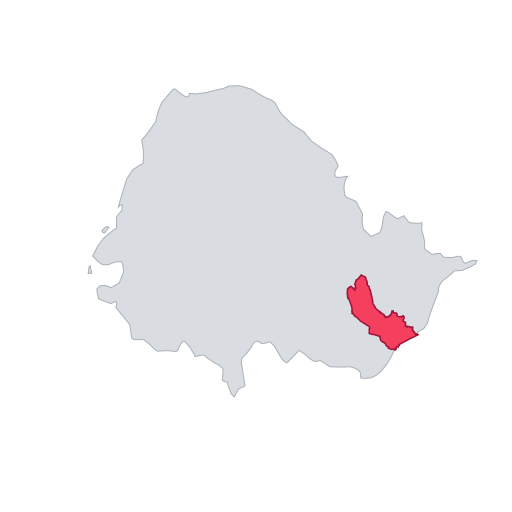 Kaoh Nheaek, Môndól Kiri, Cambodia shown in context, rotated 42°
{"feature_id": "14789045B36010441751176", "entity_name": "Kaoh Nheaek", "entity_type": "district", "adm_level": 2, "iso_a3": "KHM", "parent_name": "Cambodia", "parent_adm1": "Môndól Kiri", "projection": "albers", "projection_center": [106.949, 13.127], "detail": "fine", "context": "in_parent", "style": "filled", "palette": "rose", "viewbox_px": 512, "rotation_deg": 42, "n_neighbors": 0, "source": "geoboundaries", "source_scale": "gbopen_adm2", "svg_char_len": 8154}
<svg xmlns="http://www.w3.org/2000/svg" viewBox="0 0 512 512"><g transform="rotate(42 256 256)"><path d="M423.4,111.7L424.4,115.4L421.7,122.4L418.8,128.8L413.3,134.4L413.1,138.5L411.2,150.7L411.9,154.6L413.2,157.9L415.0,159.7L419.8,171.7L424.1,182.5L428.4,191.5L429.2,197.1L425.3,211.4L420.7,224.6L421.2,231.2L423.1,237.7L425.3,246.5L426.1,257.6L425.0,264.9L422.9,269.5L418.9,274.1L415.5,276.5L411.3,272.6L408.0,272.4L403.5,273.6L400.0,275.4L392.9,282.2L385.0,288.9L374.0,290.6L369.8,295.5L365.2,296.2L356.5,296.4L350.9,297.5L351.1,300.0L350.6,311.7L350.7,314.4L349.9,315.1L345.9,315.5L339.3,313.7L330.3,310.8L323.9,310.3L320.6,315.4L318.6,317.3L316.2,317.6L313.7,318.5L312.8,320.8L312.6,323.6L313.8,328.5L314.2,336.2L313.9,341.5L316.2,344.8L329.9,356.1L334.0,358.9L334.5,360.6L332.0,366.6L334.1,375.2L329.8,375.0L322.6,371.3L319.2,369.1L315.0,370.9L313.6,370.5L310.8,366.3L307.1,362.0L303.3,361.7L295.3,363.3L287.1,364.5L284.0,364.4L282.7,365.2L277.9,371.6L275.9,370.4L267.6,368.0L260.1,367.0L258.5,368.6L259.4,373.8L261.0,378.9L260.0,381.1L255.9,383.7L250.4,388.5L247.0,392.3L244.6,393.2L236.3,392.9L228.0,393.3L224.6,396.8L221.4,399.6L218.7,400.3L207.9,391.4L186.4,388.1L184.1,384.2L182.0,383.5L180.0,388.5L168.1,393.1L163.2,390.2L159.6,386.6L160.2,382.3L163.6,378.8L169.6,376.3L172.4,367.5L168.1,356.1L164.2,352.7L160.1,350.1L155.7,354.2L151.9,361.4L148.0,365.1L142.6,365.8L134.7,365.4L131.8,354.6L130.9,345.3L132.2,334.8L133.5,328.5L126.0,319.8L125.7,311.6L122.1,307.3L121.0,309.4L121.1,311.7L120.0,310.0L108.5,285.7L106.7,274.5L108.9,265.9L110.1,263.1L106.7,258.5L102.0,253.2L93.5,246.3L93.1,235.7L91.5,223.0L89.0,218.8L85.2,210.9L83.2,204.5L82.8,187.5L83.9,186.1L89.9,185.8L97.7,184.7L99.0,182.0L97.7,179.7L102.7,175.9L109.9,167.6L115.6,158.9L119.6,153.4L122.1,147.9L130.1,140.3L141.2,135.0L148.7,133.9L156.5,132.1L164.0,129.6L167.5,129.4L176.7,132.7L181.7,133.6L186.9,133.6L192.4,134.0L197.1,133.7L208.4,131.7L220.4,133.5L231.2,132.2L244.5,129.8L251.0,131.5L256.9,134.1L257.7,139.3L259.0,141.6L261.0,143.5L263.6,143.5L267.1,139.9L269.9,136.2L270.8,135.5L271.0,137.4L272.3,141.4L274.8,145.4L277.4,148.0L281.6,151.6L284.4,151.7L293.5,148.5L307.1,153.4L308.7,155.8L313.1,160.7L317.8,164.2L328.4,164.5L332.3,155.9L330.4,150.6L324.4,141.4L322.8,136.0L324.7,135.1L335.0,134.1L336.6,133.0L338.9,127.1L341.7,127.8L347.4,128.6L353.4,124.5L357.0,120.3L358.9,122.2L361.0,125.2L363.3,126.9L367.7,129.5L372.4,133.1L375.4,136.7L377.7,138.1L383.8,137.1L385.5,137.2L389.0,132.9L391.5,130.6L393.6,131.2L396.6,131.2L403.0,125.7L406.6,120.7L408.6,119.3L414.3,121.8L416.6,121.3L419.8,114.4L423.4,111.7ZM128.0,340.3L126.8,340.9L125.7,340.9L124.5,339.9L124.7,336.0L125.6,333.6L127.5,333.2L128.0,340.3ZM145.4,378.7L143.0,381.3L139.2,375.8L139.3,374.3L145.4,378.7Z" fill="#d9dde1" stroke="#a8b0b8" stroke-width="1"/><path d="M364.0,232.7L364.3,232.5L364.8,233.4L365.0,233.5L365.2,233.4L365.6,233.5L365.8,233.5L366.1,233.7L366.2,233.9L366.3,233.9L366.5,233.8L366.8,233.8L367.0,233.9L366.8,234.1L367.2,234.0L367.5,234.2L367.9,234.2L368.2,234.0L368.3,234.1L368.6,234.3L369.0,234.4L369.2,234.6L369.5,234.7L370.1,234.6L370.7,234.3L371.8,234.2L372.8,234.2L373.5,234.3L375.1,234.2L376.4,234.4L377.1,234.5L379.9,233.9L381.6,233.8L382.4,233.5L382.8,233.2L383.2,233.3L383.5,233.2L384.1,233.3L385.0,233.2L386.8,232.6L388.8,233.4L389.0,233.8L388.9,234.5L390.8,236.3L391.1,236.7L391.3,237.3L391.7,237.6L391.9,237.7L392.6,237.7L393.5,237.0L394.9,236.4L395.8,235.7L397.4,234.9L398.4,234.5L400.7,233.4L401.3,232.9L401.8,232.8L402.0,232.8L402.3,233.0L402.4,233.5L402.5,233.7L402.6,233.8L403.6,234.0L403.9,234.3L404.8,235.1L405.2,235.3L405.9,235.3L406.3,235.1L407.2,235.0L407.3,235.0L407.7,235.2L408.0,235.2L408.2,234.9L408.5,235.0L408.6,234.9L408.9,234.8L409.1,234.6L410.1,234.4L410.3,234.7L411.6,234.8L412.2,235.1L412.4,235.4L413.1,235.5L414.1,235.4L414.6,235.2L415.1,235.0L415.3,235.0L415.5,235.1L415.8,235.9L416.8,235.6L417.0,235.4L417.3,235.5L417.6,235.4L418.0,235.2L418.4,235.0L418.7,234.8L419.1,234.7L419.6,234.4L420.4,233.0L421.3,233.0L421.7,232.7L421.9,232.8L422.0,233.0L422.1,232.9L422.1,232.6L422.3,232.6L422.5,232.3L422.2,232.1L422.1,231.8L421.9,231.8L421.9,231.6L422.1,231.4L421.9,231.3L422.0,230.9L421.6,230.5L421.4,230.4L421.4,230.1L421.6,230.0L421.4,229.8L421.6,229.6L421.5,229.2L421.5,228.7L422.1,228.4L422.5,228.4L422.2,227.9L422.2,227.6L422.1,227.4L422.2,227.1L422.3,226.7L421.8,226.5L421.9,225.9L421.8,225.5L421.8,225.3L422.0,225.1L422.0,224.9L425.5,215.2L429.1,206.2L428.8,206.3L428.6,206.0L428.4,206.0L427.9,206.1L427.7,206.2L427.8,206.5L427.7,206.7L427.1,206.9L426.8,207.4L426.6,207.5L426.0,207.2L425.7,206.9L425.1,206.8L424.5,206.4L423.4,206.7L423.2,206.7L423.0,206.3L422.8,206.2L422.4,206.6L422.2,206.7L421.9,206.2L421.5,205.9L421.4,205.6L420.9,205.1L420.4,204.3L420.0,204.0L419.9,204.1L419.5,204.4L419.4,204.7L419.4,205.2L419.2,205.2L418.8,205.0L418.6,205.2L418.6,205.5L418.4,205.6L417.6,205.8L417.0,206.0L416.3,206.5L416.0,206.6L415.9,206.7L416.1,207.2L416.1,207.4L415.9,207.4L415.4,207.2L415.3,207.4L415.3,207.7L415.2,207.8L414.6,207.6L413.8,208.0L413.1,207.3L413.0,206.7L412.2,206.2L411.9,205.6L411.7,205.4L411.4,205.4L410.5,205.4L410.1,205.5L409.9,205.8L409.3,205.9L408.7,205.8L408.5,205.5L407.6,203.3L407.2,202.5L406.8,202.2L406.5,202.2L405.7,201.9L405.1,202.1L404.9,202.5L405.1,203.3L405.1,203.6L405.0,203.9L404.8,204.1L403.9,204.3L403.7,204.5L403.3,205.2L402.0,205.9L400.9,206.0L400.4,206.0L399.9,205.6L399.9,205.1L399.8,204.8L399.0,204.4L398.6,204.4L398.2,204.5L397.6,205.4L396.5,205.9L396.0,205.9L395.5,205.8L395.0,205.4L394.8,205.1L394.6,205.0L394.5,205.3L394.7,205.5L394.2,205.7L394.1,205.8L394.4,206.2L394.5,206.4L394.1,206.5L394.5,206.6L394.6,206.9L394.4,206.8L394.5,207.0L394.9,207.2L394.8,207.6L394.9,207.9L395.2,208.1L395.3,208.2L395.4,208.3L395.3,208.8L395.2,209.2L395.6,209.6L395.3,209.5L395.2,209.6L395.3,209.8L395.6,210.0L395.7,210.3L395.4,210.6L395.2,210.6L395.2,210.8L395.4,210.8L395.2,211.1L395.1,211.5L395.0,211.9L394.9,212.0L395.0,212.2L395.1,212.3L394.9,212.5L395.0,212.9L394.7,213.3L394.4,213.3L394.4,213.5L394.1,213.5L393.7,213.8L393.7,214.0L393.4,214.4L393.2,214.4L392.9,214.6L392.9,214.8L392.7,214.9L392.8,215.0L392.7,215.0L392.3,215.0L392.2,215.0L391.9,214.8L391.9,214.7L391.8,214.4L391.6,214.4L391.6,214.2L391.4,214.2L391.1,214.1L390.8,214.1L390.7,214.2L390.5,214.3L390.4,214.3L390.3,214.2L390.2,214.1L389.9,214.0L389.6,214.2L389.3,214.2L388.8,214.5L388.6,214.5L388.2,214.7L387.7,214.4L387.4,214.4L387.1,214.3L386.9,214.4L386.8,214.5L386.3,214.8L386.2,214.8L386.1,214.7L386.1,214.8L385.8,214.8L385.7,214.9L385.2,215.0L385.0,214.9L384.6,214.9L384.0,214.6L383.7,214.7L383.4,214.6L382.9,214.9L382.3,214.8L381.2,214.9L380.7,214.9L378.7,214.4L378.4,214.1L376.1,213.5L375.1,213.4L374.9,213.3L372.8,211.3L363.8,204.9L363.5,205.2L363.3,205.2L362.8,204.7L362.2,204.3L361.6,204.2L360.5,203.0L359.7,203.0L358.9,203.2L358.7,203.1L358.3,203.1L357.9,202.8L357.6,202.8L357.4,202.7L357.4,202.4L356.5,201.4L356.1,201.0L355.2,200.5L354.5,200.3L354.0,200.1L351.7,198.6L351.4,198.5L350.6,198.6L349.4,199.2L348.7,199.4L346.9,199.6L347.0,200.4L346.9,200.7L347.1,201.1L347.0,201.6L347.1,202.0L346.9,202.2L347.2,202.6L347.1,202.9L347.3,203.6L347.2,204.1L346.9,204.9L346.9,205.9L346.6,206.7L346.7,207.3L346.9,207.6L347.0,208.2L347.6,209.0L347.9,209.7L348.1,210.0L348.1,210.5L348.2,210.9L349.0,211.3L349.7,211.6L350.2,211.8L350.7,212.3L351.3,213.0L351.7,213.6L352.0,214.3L352.2,215.0L352.1,215.3L351.6,215.2L351.4,215.1L351.2,215.3L350.2,214.9L350.1,214.7L350.0,214.9L349.7,214.9L349.4,215.0L349.1,215.0L348.3,215.0L347.1,214.9L346.8,215.1L346.6,215.6L346.5,215.9L346.5,216.4L346.3,216.7L346.1,217.5L346.3,217.9L346.3,218.4L346.1,218.8L346.2,219.2L346.3,219.3L346.2,219.5L346.5,220.0L346.9,220.2L347.1,220.3L347.3,220.5L347.5,220.8L347.5,221.1L347.8,221.3L348.3,222.0L348.8,222.9L349.3,223.2L349.7,223.3L350.4,223.7L350.5,224.3L350.6,224.5L351.2,225.0L351.3,225.2L351.2,225.2L351.9,225.2L352.1,225.4L352.2,225.5L352.3,225.4L352.3,225.6L352.5,225.6L352.8,225.9L353.0,226.0L353.0,225.9L353.4,225.7L353.8,225.7L354.0,225.8L356.4,227.2L358.5,228.2L360.7,229.5L362.7,231.0L363.5,231.8L364.0,232.7Z" fill="#f43f5e" stroke="#9f1239" stroke-width="1.5"/></g></svg>